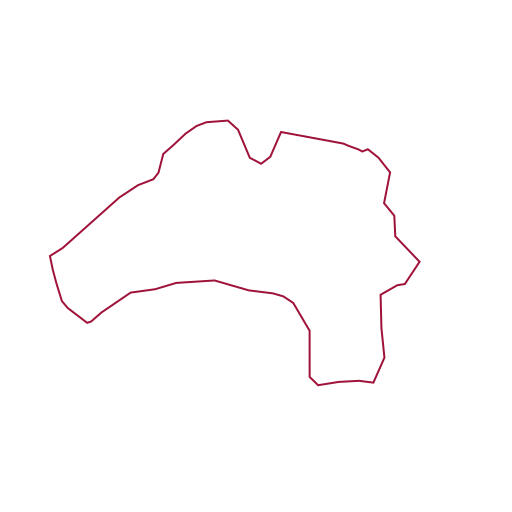 Opobo/Nkoro, Nigeria, rotated 125°
{"feature_id": "59680162B46802984315739", "entity_name": "Opobo/Nkoro", "entity_type": "district", "adm_level": 2, "iso_a3": "NGA", "parent_name": "Nigeria", "parent_adm1": "", "projection": "robinson", "projection_center": [7.512, 4.533], "detail": "fine", "context": "isolated", "style": "outline", "palette": "rose", "viewbox_px": 512, "rotation_deg": 125, "n_neighbors": 0, "source": "geoboundaries", "source_scale": "gbopen_adm2", "svg_char_len": 848}
<svg xmlns="http://www.w3.org/2000/svg" viewBox="0 0 512 512"><g transform="rotate(125 256 256)"><path d="M407.6,356.0L404.3,353.5L390.9,350.2L357.9,337.7L341.2,319.7L323.8,305.9L320.1,301.3L315.0,294.9L299.8,275.9L288.3,242.2L276.9,220.7L273.4,210.5L273.1,198.5L286.5,169.2L324.3,142.7L326.2,131.0L311.7,116.0L299.2,100.1L292.4,87.2L265.6,92.5L243.0,112.0L216.3,131.7L198.9,123.5L193.6,118.0L166.9,118.7L160.0,153.2L143.7,165.8L139.3,181.4L110.6,194.1L105.2,212.2L104.4,225.6L109.4,228.8L110.0,233.5L112.6,243.0L113.8,248.9L140.1,306.6L166.5,301.2L177.5,304.7L179.1,317.4L162.9,343.1L161.2,356.7L174.8,373.3L183.6,379.3L196.2,383.9L213.0,387.4L225.6,390.5L243.6,383.7L251.9,384.1L265.7,393.3L286.4,401.5L360.4,419.0L374.2,424.8L383.8,414.6L392.7,404.0L404.3,389.1L406.6,380.3L407.6,356.0Z" fill="none" stroke="#9f1239" stroke-width="2"/></g></svg>